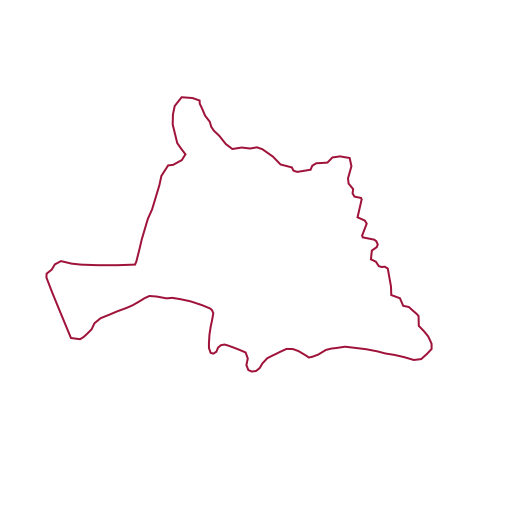 the district of Kananga, Kasaï-Occidental, Democratic Republic of the Congo, rotated 197°
{"feature_id": "63176286B7058717383424", "entity_name": "Kananga", "entity_type": "district", "adm_level": 2, "iso_a3": "COD", "parent_name": "Democratic Republic of the Congo", "parent_adm1": "Kasaï-Occidental", "projection": "albers", "projection_center": [22.453, -5.896], "detail": "fine", "context": "isolated", "style": "outline", "palette": "rose", "viewbox_px": 512, "rotation_deg": 197, "n_neighbors": 0, "source": "geoboundaries", "source_scale": "gbopen_adm2", "svg_char_len": 2522}
<svg xmlns="http://www.w3.org/2000/svg" viewBox="0 0 512 512"><g transform="rotate(197 256 256)"><path d="M60.9,218.4L61.9,221.7L62.4,223.3L64.5,225.8L67.9,229.5L70.1,231.0L73.6,233.3L79.9,236.8L83.0,246.1L84.4,247.0L84.8,247.3L88.5,249.0L89.3,249.3L94.9,251.9L100.7,251.4L106.0,257.7L107.9,257.8L115.2,258.2L118.0,266.3L122.1,274.3L126.3,282.5L129.7,283.4L130.5,283.1L132.7,282.2L134.2,282.2L135.6,282.2L139.7,285.6L145.1,286.4L145.8,289.9L146.8,295.1L143.1,299.8L143.1,300.0L142.9,302.5L145.1,305.2L147.6,306.2L157.8,305.2L159.3,305.0L160.5,306.5L159.6,319.3L162.3,321.7L165.4,322.1L170.2,322.7L171.1,335.3L171.5,340.9L171.5,341.0L172.5,342.2L174.7,342.0L179.2,341.6L181.3,343.5L181.9,344.0L182.7,348.4L188.6,352.3L189.3,353.9L190.7,357.1L191.0,369.8L195.1,377.1L201.7,376.2L204.6,375.9L211.7,372.6L215.0,366.2L220.8,364.0L225.5,362.3L227.9,359.5L228.6,358.8L229.0,354.9L229.0,354.5L235.0,351.5L241.1,348.5L243.1,348.5L245.2,348.6L245.3,348.7L247.6,351.2L252.1,351.0L259.3,350.7L268.9,356.0L281.2,360.0L286.9,360.2L291.8,357.7L292.9,357.1L301.5,355.5L309.9,351.4L317.7,354.3L326.3,360.2L332.9,363.5L336.5,366.4L339.5,370.9L345.7,375.3L350.3,380.8L354.3,385.2L355.4,388.2L362.9,388.5L373.5,386.1L377.6,375.7L376.8,367.0L374.1,357.4L364.3,340.9L359.3,337.0L353.2,332.6L355.0,326.0L355.9,325.1L360.7,320.2L361.8,319.0L365.4,317.4L366.5,317.0L369.9,304.9L369.1,295.5L369.0,270.2L370.3,259.9L370.1,238.4L369.5,229.5L368.8,215.5L369.2,212.4L385.8,206.7L404.8,200.9L420.4,196.7L430.0,194.8L441.0,194.1L445.9,189.2L446.7,186.0L447.4,183.2L451.1,177.9L450.1,174.1L444.6,167.1L441.1,162.6L430.5,149.6L409.0,123.5L404.0,124.3L399.9,125.0L397.2,128.1L394.7,132.3L391.8,137.8L390.8,144.5L386.4,151.1L379.1,157.0L372.4,162.6L364.6,168.5L359.6,172.8L354.9,177.8L349.9,183.4L346.2,186.6L339.1,188.2L329.3,189.3L323.8,191.5L315.7,192.6L305.4,193.5L293.0,193.2L284.6,192.4L282.4,191.5L280.1,188.8L279.2,181.4L278.9,177.6L278.6,174.7L277.5,167.1L275.4,158.4L274.0,154.1L271.0,150.1L268.2,150.2L265.9,152.9L265.5,157.3L263.5,160.4L260.3,162.1L256.7,162.2L250.7,161.9L244.3,161.4L237.7,160.7L233.9,155.6L233.3,148.9L230.0,144.7L226.2,144.3L222.4,146.0L219.7,149.9L218.5,155.1L215.3,161.6L210.8,165.9L208.9,167.6L204.8,171.5L199.6,176.1L193.5,177.8L187.5,177.5L179.4,175.5L175.8,174.4L172.8,176.0L167.8,179.8L161.6,186.7L159.5,187.9L157.1,189.4L152.5,191.4L144.3,195.3L133.9,197.2L123.1,199.1L112.0,200.3L103.7,200.6L94.6,201.9L84.8,202.6L74.7,202.7L67.9,205.7L63.9,212.3L60.9,218.4Z" fill="none" stroke="#9f1239" stroke-width="2"/></g></svg>